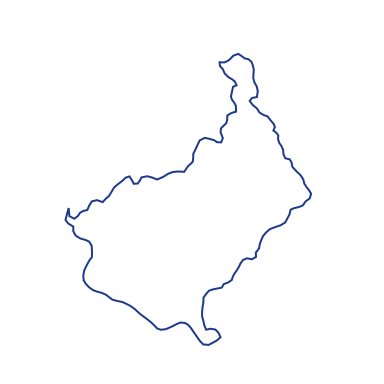 Santana do Paraíso, Minas Gerais, Brazil (Mercator projection), rotated 104°
{"feature_id": "56859067B5957115857707", "entity_name": "Santana do Paraíso", "entity_type": "district", "adm_level": 2, "iso_a3": "BRA", "parent_name": "Brazil", "parent_adm1": "Minas Gerais", "projection": "mercator", "projection_center": [-42.534, -19.392], "detail": "fine", "context": "isolated", "style": "outline", "palette": "blue", "viewbox_px": 384, "rotation_deg": 104, "n_neighbors": 0, "source": "geoboundaries", "source_scale": "gbopen_adm2", "svg_char_len": 2656}
<svg xmlns="http://www.w3.org/2000/svg" viewBox="0 0 384 384"><g transform="rotate(104 192 192)"><path d="M178.3,81.3L173.5,79.4L169.7,76.2L164.8,76.0L162.0,78.9L159.5,82.1L156.8,85.0L152.7,87.2L149.3,90.9L146.8,95.4L143.3,100.7L139.3,102.5L136.7,105.1L136.7,109.6L133.3,112.4L129.0,113.8L125.7,116.4L123.3,119.2L120.1,121.2L116.2,122.0L113.9,124.8L112.7,127.9L108.9,127.3L106.3,129.1L103.8,132.6L100.3,137.1L100.0,141.1L98.6,145.7L95.2,149.2L93.0,153.9L89.7,158.1L86.2,156.5L84.2,152.0L78.1,152.6L73.7,154.9L70.6,157.9L66.5,160.2L62.6,160.9L58.4,161.6L54.1,163.8L51.2,165.9L49.5,169.4L49.6,173.3L48.0,177.0L46.8,180.5L49.8,185.0L53.9,187.2L56.3,189.2L58.5,192.1L59.4,196.6L63.0,195.3L65.3,191.9L69.2,188.8L71.8,184.3L73.0,180.2L74.5,177.1L77.7,174.6L80.0,177.6L84.4,177.5L90.0,177.3L92.7,175.6L95.1,172.6L97.9,170.2L103.4,168.7L105.6,172.6L109.2,176.3L113.3,175.3L117.0,175.4L120.4,177.6L123.3,179.3L127.2,178.7L132.3,175.1L136.8,175.7L137.6,179.8L136.4,182.9L136.2,187.7L136.4,192.8L140.2,197.1L149.8,198.9L154.6,200.0L158.4,199.1L162.6,198.6L168.2,202.2L174.3,204.5L175.5,210.6L177.2,215.3L180.1,219.6L184.2,223.5L188.3,228.8L187.6,234.3L187.5,239.1L190.0,244.5L193.7,245.4L196.9,246.7L198.1,250.5L195.1,253.2L192.0,256.4L194.2,259.9L197.6,262.0L202.7,266.0L206.5,268.7L211.2,270.1L216.0,271.6L219.5,274.1L223.4,276.2L222.9,282.2L225.3,286.9L229.7,288.4L234.7,289.2L236.9,293.2L239.3,295.6L243.0,297.0L246.4,299.7L245.1,305.1L237.4,307.8L249.7,308.0L252.5,304.4L254.3,298.8L258.8,297.7L262.5,294.2L264.1,289.2L264.3,283.5L265.1,279.7L268.5,276.3L275.1,274.3L279.6,273.4L282.6,274.8L285.7,275.7L290.0,276.8L294.5,277.6L299.8,277.2L303.9,275.7L306.9,272.7L309.4,268.7L311.2,264.2L311.6,260.4L311.7,255.4L312.4,251.0L314.1,246.9L315.7,243.3L315.8,238.0L315.6,233.0L316.3,229.2L317.5,224.0L319.4,219.3L321.2,216.0L323.0,212.7L325.1,207.5L327.1,202.9L328.6,199.7L330.6,196.4L332.8,192.8L333.2,189.0L331.6,184.5L327.7,179.3L323.8,174.9L321.4,171.5L320.8,167.0L321.9,163.6L324.0,160.4L327.3,156.7L330.8,152.7L334.5,148.5L337.2,144.2L336.3,138.8L332.8,134.9L330.3,132.2L326.1,129.2L322.2,132.2L319.8,136.0L320.2,140.9L322.2,145.0L318.5,147.7L314.1,149.9L310.5,152.0L306.5,153.1L301.4,153.9L296.7,154.2L291.7,155.3L287.4,153.6L283.7,151.7L281.5,148.2L279.6,144.3L277.6,140.0L273.6,138.8L270.9,134.9L267.7,132.1L264.3,131.9L261.1,131.2L257.8,129.8L253.3,128.4L249.6,127.7L245.7,126.1L243.1,122.8L242.7,117.5L239.5,114.2L235.4,115.4L230.5,113.3L225.9,113.6L221.5,113.1L217.5,112.4L213.6,110.5L209.2,107.5L205.7,102.5L202.9,98.0L199.0,94.2L194.4,93.0L190.2,92.0L185.3,92.0L183.0,89.1L180.8,84.8L178.3,81.3Z" fill="none" stroke="#1e3a8a" stroke-width="2"/></g></svg>